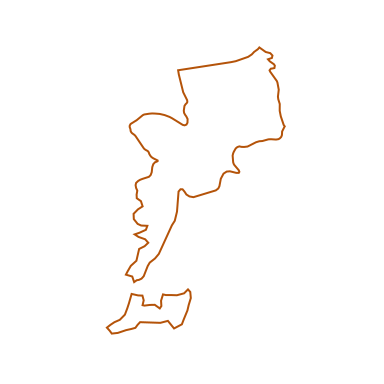 map outline of Mafeteng (Natural Earth projection), rotated 103°
{"feature_id": "LSO-3453", "entity_name": "Mafeteng", "entity_type": "District", "adm_level": 1, "iso_a3": "LSO", "parent_name": "Lesotho", "parent_adm1": "", "projection": "natural_earth1", "projection_center": [27.626, -29.78], "detail": "fine", "context": "isolated", "style": "outline", "palette": "amber", "viewbox_px": 384, "rotation_deg": 103, "n_neighbors": 0, "source": "natural_earth", "source_scale": "10m", "svg_char_len": 2751}
<svg xmlns="http://www.w3.org/2000/svg" viewBox="0 0 384 384"><g transform="rotate(103 192 192)"><path d="M56.0,143.8L57.1,143.0L64.8,134.3L66.1,133.4L72.8,130.5L79.8,129.7L82.2,128.8L86.5,126.3L93.2,124.8L98.3,122.5L106.1,117.7L107.2,116.4L107.8,116.6L112.8,117.8L115.5,117.3L116.7,117.2L118.3,117.5L119.7,118.3L121.0,119.5L122.0,121.9L122.8,126.9L123.5,129.4L126.5,134.9L127.4,137.8L129.1,140.8L135.2,148.1L136.4,151.4L136.9,154.0L136.9,156.1L138.0,157.9L139.7,159.2L143.3,160.3L145.1,160.6L147.4,160.6L153.7,158.6L155.1,157.8L156.1,156.9L160.3,151.3L161.7,150.4L162.8,150.7L163.4,153.1L163.3,159.7L164.3,162.8L167.0,165.4L172.6,166.9L180.2,166.6L182.7,167.2L185.1,169.2L196.7,189.4L196.9,193.5L195.7,196.9L193.4,199.3L191.5,201.8L191.9,203.8L194.6,205.2L214.5,202.2L223.9,202.3L229.0,204.1L259.8,210.4L265.1,213.1L270.3,217.3L274.1,218.5L284.9,220.1L287.8,221.7L289.6,224.0L290.4,226.0L292.8,228.1L287.8,231.2L287.4,237.8L283.9,236.9L277.7,235.0L271.5,230.7L265.6,230.7L259.4,230.7L255.5,226.0L251.3,223.2L248.6,227.0L247.8,234.0L246.2,238.3L243.5,234.0L239.2,228.4L235.0,227.9L236.1,234.0L235.3,237.8L231.5,242.6L226.4,244.0L221.0,240.7L217.1,236.9L212.4,239.7L210.5,244.4L207.0,245.4L203.0,245.6L200.6,247.4L198.0,248.5L195.7,248.5L193.3,246.9L191.7,245.2L190.3,243.1L186.9,237.4L184.8,236.1L181.8,235.7L176.7,236.3L173.6,236.0L171.3,234.7L170.3,233.1L169.5,232.4L169.0,232.6L167.9,237.2L167.4,238.6L166.8,239.8L165.8,241.0L164.5,242.2L163.2,243.0L162.3,243.9L161.9,244.8L161.5,246.3L160.9,247.9L160.2,248.9L150.3,259.5L149.7,260.3L149.2,261.2L148.2,263.6L147.5,264.6L146.4,265.5L144.7,266.1L142.6,267.4L141.2,267.6L139.5,267.1L134.4,262.0L128.3,257.3L127.5,256.4L127.1,255.7L125.3,251.2L124.4,248.4L123.8,245.1L123.2,241.0L123.2,236.0L123.9,230.7L124.6,228.1L128.7,216.1L128.7,214.2L127.6,212.6L125.5,212.0L121.9,212.7L119.6,214.6L118.3,216.1L116.7,217.5L114.6,218.3L109.8,218.7L107.9,218.0L106.5,217.1L105.3,216.8L103.6,217.4L96.8,223.0L80.4,231.3L76.5,232.9L56.7,183.2L54.7,178.8L47.7,167.7L44.5,164.7L41.4,162.9L38.0,159.9L36.0,158.9L39.0,151.7L39.1,147.0L40.9,144.3L43.4,144.3L45.6,147.8L47.2,145.6L49.1,140.9L50.3,139.7L52.7,139.6L53.4,141.1L54.1,142.9L56.0,143.8ZM295.6,169.3L303.0,169.8L308.4,169.8L318.1,171.4L323.2,172.1L329.0,178.8L323.0,186.5L326.6,193.4L330.1,211.2L330.5,213.3L333.6,215.1L337.1,216.6L339.1,220.3L341.4,225.1L346.0,232.6L348.0,238.3L345.6,241.1L343.3,244.4L339.8,241.6L336.3,238.3L332.8,233.6L326.6,229.8L320.0,228.9L314.6,228.4L304.9,227.9L304.9,221.3L304.1,217.0L308.4,214.7L313.4,214.7L313.4,212.8L311.5,207.6L310.3,202.9L312.7,197.2L310.0,196.2L304.9,197.7L298.3,197.2L298.3,194.4L297.1,189.1L296.0,183.5L292.5,176.9L287.8,174.0L289.8,171.2L295.6,169.3Z" fill="none" stroke="#b45309" stroke-width="2"/></g></svg>